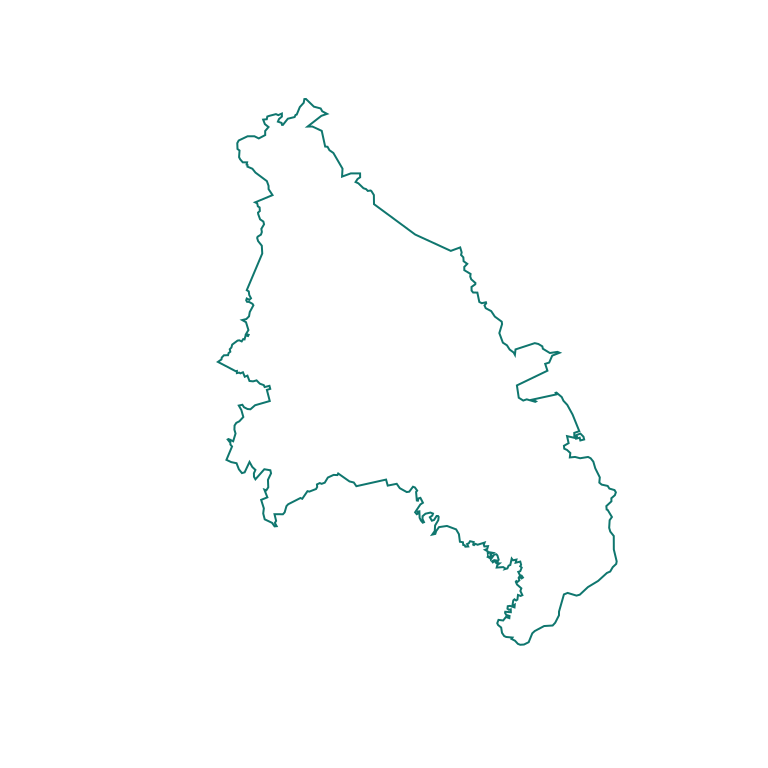 the district of Misantla, Veracruz, Mexico, rotated 158°
{"feature_id": "50627088B97471764392590", "entity_name": "Misantla", "entity_type": "district", "adm_level": 2, "iso_a3": "MEX", "parent_name": "Mexico", "parent_adm1": "Veracruz", "projection": "albers", "projection_center": [-96.879, 19.959], "detail": "fine", "context": "isolated", "style": "outline", "palette": "teal", "viewbox_px": 768, "rotation_deg": 158, "n_neighbors": 0, "source": "geoboundaries", "source_scale": "gbopen_adm2", "svg_char_len": 6155}
<svg xmlns="http://www.w3.org/2000/svg" viewBox="0 0 768 768"><g transform="rotate(158 384 384)"><path d="M262.2,482.1L272.2,482.4L299.1,510.9L325.9,554.5L322.6,563.0L323.4,567.5L323.9,568.4L326.7,569.1L327.6,571.4L329.7,573.2L332.6,579.7L334.7,581.9L331.7,584.0L328.7,584.6L327.3,588.2L335.8,591.7L345.2,592.0L341.8,599.2L344.4,617.2L347.0,621.2L347.5,625.1L349.6,626.2L346.9,642.0L354.0,649.6L358.4,651.3L341.6,656.1L335.6,655.8L339.1,660.0L339.5,663.2L345.1,667.4L349.6,677.5L351.1,678.0L353.1,674.8L358.3,672.3L364.0,666.5L365.2,666.6L366.9,665.0L373.8,666.0L380.7,662.1L381.5,662.5L381.2,664.5L384.1,667.0L382.1,669.0L378.5,670.2L377.4,673.0L381.3,672.9L383.1,674.7L390.0,675.6L392.0,675.7L393.5,673.4L397.0,674.4L397.1,669.6L394.8,665.5L399.4,663.1L400.9,659.3L408.1,658.6L411.3,662.2L417.6,664.8L427.5,664.2L429.8,662.3L431.8,656.8L430.5,654.6L433.4,648.6L433.2,646.2L431.9,642.4L427.9,640.8L429.2,638.9L428.5,638.2L429.2,636.7L425.4,632.9L424.0,628.2L416.6,616.0L416.8,611.0L418.0,607.9L416.6,600.9L435.4,600.7L433.9,599.0L434.4,596.0L433.2,594.3L434.3,590.9L436.6,590.1L437.0,588.6L437.2,583.1L435.0,579.8L435.4,577.0L439.6,573.8L440.3,570.7L442.1,568.6L446.0,567.9L446.9,566.9L447.2,563.7L445.5,558.0L448.0,550.6L476.1,522.4L474.7,520.5L475.6,517.0L475.2,513.3L477.3,512.5L479.2,514.7L480.4,513.3L480.2,511.5L478.4,510.7L475.9,507.6L475.6,505.9L481.5,501.0L483.8,497.3L487.3,495.8L491.5,496.4L488.8,493.0L489.5,484.8L493.2,482.0L491.1,480.3L492.1,479.4L494.1,480.9L496.6,477.6L497.7,478.4L500.0,476.8L501.8,478.7L503.5,479.1L510.0,477.4L511.8,475.0L514.0,474.0L514.4,471.5L516.5,470.9L517.8,469.1L521.6,470.6L524.5,469.3L525.5,467.7L529.7,466.7L516.7,451.4L515.5,451.2L516.3,449.2L514.0,448.8L513.2,447.7L510.4,447.7L510.4,442.9L507.5,442.9L507.6,437.2L504.4,435.5L500.8,435.1L499.0,430.8L495.9,428.0L495.8,425.9L490.9,425.2L491.3,422.1L494.8,422.4L496.3,411.0L511.5,412.6L517.3,410.6L519.9,411.9L522.5,414.9L523.1,417.8L526.7,418.4L526.0,413.3L526.8,406.1L532.1,403.6L535.5,403.3L538.1,401.5L539.8,397.7L540.2,393.7L545.3,387.4L548.8,391.2L549.7,391.1L549.0,388.7L547.8,389.1L549.1,385.4L548.3,383.0L558.5,372.7L554.9,368.8L550.4,365.8L550.5,359.3L549.1,354.6L546.3,354.3L537.9,362.1L537.2,356.4L535.4,352.5L538.1,349.9L539.3,346.7L538.9,343.8L526.9,349.8L521.7,346.6L522.2,343.5L527.5,338.6L530.0,331.6L532.9,329.5L534.5,330.9L534.6,322.6L541.3,322.6L542.0,313.7L544.5,309.2L545.3,303.2L539.8,297.2L538.8,293.0L536.8,292.4L537.2,296.1L535.3,297.5L534.3,304.3L526.5,301.1L524.2,302.2L520.2,307.3L517.9,308.4L504.2,309.6L502.8,308.2L495.1,313.3L493.5,312.2L486.3,312.1L484.5,313.6L483.8,316.0L480.7,316.2L479.2,314.8L475.9,314.7L471.1,318.3L464.8,318.6L461.3,317.0L460.0,318.2L452.5,306.6L448.9,304.0L447.9,299.6L417.9,294.6L418.6,288.4L409.6,286.7L408.4,281.5L403.4,275.3L400.9,274.7L395.6,277.9L394.1,276.5L393.2,272.7L394.7,271.9L397.2,263.7L396.3,263.1L394.9,265.0L392.9,264.8L392.4,259.3L395.4,258.7L403.2,253.4L402.4,251.0L401.4,251.1L400.4,253.0L398.9,252.7L401.1,246.6L400.9,243.6L400.0,240.9L398.7,240.9L398.9,244.4L397.7,247.0L394.1,248.2L389.1,247.4L387.1,245.5L388.5,243.9L391.4,243.3L390.8,239.3L388.5,239.2L384.7,241.9L383.4,241.4L383.1,240.3L384.7,237.4L389.6,233.7L392.0,228.7L395.7,226.3L392.6,225.8L390.7,228.1L386.6,230.7L378.8,228.8L371.6,222.2L370.8,216.7L372.7,209.3L370.1,207.7L370.8,205.0L369.6,204.3L369.5,202.7L366.8,201.8L366.9,204.5L365.0,204.6L363.1,206.0L360.0,203.8L361.5,201.6L360.9,200.9L359.1,201.5L357.4,199.9L350.1,199.3L351.7,197.6L351.8,195.8L348.3,194.7L350.1,192.4L352.4,192.4L350.6,190.1L351.3,187.7L349.6,188.7L346.2,186.6L349.0,186.3L348.6,184.9L351.2,184.1L351.9,185.2L352.6,184.8L351.1,183.0L349.2,183.2L350.6,182.5L350.7,181.4L345.6,184.6L343.6,184.0L343.1,182.5L343.5,178.1L344.5,177.4L347.8,179.4L350.2,179.1L349.9,177.9L348.0,178.6L346.2,176.7L347.2,176.6L346.9,175.7L344.1,174.4L346.9,173.5L348.3,171.6L342.1,169.6L340.6,167.5L341.2,167.1L338.7,166.8L336.5,168.9L334.7,168.9L331.0,174.3L330.4,172.2L327.0,171.6L328.9,169.0L324.2,168.3L324.6,165.0L326.0,164.0L325.1,162.2L327.8,159.4L329.9,159.5L329.6,156.0L328.2,154.7L327.7,152.5L329.3,152.2L330.6,154.7L331.8,153.8L332.0,151.3L334.3,150.5L335.1,151.7L335.9,151.2L335.8,148.3L333.2,143.1L335.1,141.0L334.8,136.4L336.7,136.3L338.8,138.2L341.1,134.1L342.6,133.8L343.7,135.5L345.2,134.9L348.1,130.2L345.4,130.5L346.7,128.0L350.3,131.1L352.5,131.6L353.7,129.4L352.8,127.9L350.9,127.6L351.9,124.9L356.9,127.4L357.5,126.4L357.2,124.1L354.5,121.9L355.5,120.0L358.2,122.3L362.1,120.1L366.2,122.4L368.6,119.8L368.5,117.8L366.6,114.3L367.8,109.1L367.0,105.3L365.5,103.7L359.9,100.8L361.3,99.9L358.7,96.9L357.2,92.9L355.4,91.2L351.8,90.0L346.6,90.4L339.9,97.3L336.7,98.5L326.2,99.6L318.1,96.9L314.7,98.5L308.4,104.0L307.0,107.4L296.0,121.5L292.0,121.5L284.8,115.7L281.4,115.3L271.0,119.3L259.2,121.2L248.1,125.3L244.5,125.4L240.5,128.5L236.1,130.2L234.7,132.4L232.9,144.5L227.9,157.0L229.5,162.4L229.1,166.3L225.8,173.2L222.5,175.3L223.8,183.5L224.6,184.2L223.6,187.5L217.1,190.0L216.0,192.9L211.6,194.4L209.6,196.7L210.0,199.3L214.2,202.6L214.8,205.7L219.9,209.2L221.3,211.9L218.9,216.6L219.7,226.7L219.0,233.6L220.2,237.7L222.1,239.9L230.0,241.7L234.2,244.8L239.2,246.3L237.1,250.2L239.0,254.3L241.1,256.5L240.3,259.3L235.0,260.0L233.8,267.1L227.1,262.4L227.1,263.1L225.1,262.6L226.0,261.3L222.7,260.9L223.1,258.1L219.2,257.6L218.8,260.4L220.5,264.5L227.0,264.5L225.9,267.4L220.6,267.1L220.6,285.0L221.9,296.0L223.9,301.2L224.1,305.3L227.3,311.4L228.2,311.5L228.2,309.8L252.0,313.9L249.6,310.9L250.4,310.8L257.4,316.3L261.1,316.5L264.2,320.8L261.3,332.9L227.5,335.1L227.0,342.3L222.8,342.0L217.4,347.3L209.5,347.2L211.1,348.8L218.6,350.6L223.5,357.2L223.1,359.6L225.9,363.3L228.9,365.4L249.1,366.8L251.7,362.0L252.0,364.6L254.6,368.9L255.5,373.8L258.3,377.8L258.0,388.0L252.1,395.3L251.5,397.7L256.0,405.0L257.3,411.4L261.3,416.2L261.4,419.2L259.0,420.6L258.9,421.6L263.1,422.3L264.9,424.4L263.2,433.8L267.1,435.4L267.8,437.8L266.5,441.2L262.0,442.3L261.4,443.4L263.9,448.4L263.8,451.3L262.5,453.6L266.9,459.4L265.7,462.5L261.8,464.2L264.2,468.0L263.0,471.7L264.2,474.8L262.7,476.9L262.2,482.1Z" fill="none" stroke="#0f766e" stroke-width="2"/></g></svg>